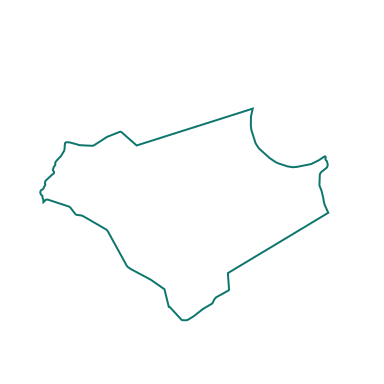 outline of Batha, rotated 59°
{"feature_id": "TCD-1472", "entity_name": "Batha", "entity_type": "Prefecture", "adm_level": 1, "iso_a3": "TCD", "parent_name": "Chad", "parent_adm1": "", "projection": "mercator", "projection_center": [18.213, 14.169], "detail": "fine", "context": "isolated", "style": "outline", "palette": "teal", "viewbox_px": 384, "rotation_deg": 59, "n_neighbors": 0, "source": "natural_earth", "source_scale": "10m", "svg_char_len": 2327}
<svg xmlns="http://www.w3.org/2000/svg" viewBox="0 0 384 384"><g transform="rotate(59 192 192)"><path d="M96.9,259.9L100.9,253.9L101.3,252.9L101.5,251.6L101.0,236.5L101.1,235.9L103.1,223.7L103.3,222.8L103.6,222.1L104.4,221.6L123.6,215.5L151.8,97.0L157.7,102.6L165.6,107.5L169.6,109.2L182.9,112.4L188.2,112.3L190.1,111.9L202.8,108.0L209.3,105.0L212.0,103.2L219.1,97.1L222.5,93.1L224.4,89.4L229.4,75.5L229.5,74.7L230.1,66.7L229.8,60.0L229.9,59.6L230.2,59.4L230.7,59.4L231.3,59.6L232.3,60.6L232.7,60.8L233.4,60.9L234.6,60.6L235.0,60.6L235.8,60.7L238.0,61.4L238.4,61.6L238.9,61.9L239.7,62.6L240.1,63.1L240.3,63.5L240.7,64.9L241.5,71.1L241.6,71.5L241.8,71.8L242.3,72.7L243.1,73.6L251.5,79.1L252.6,79.5L257.6,80.3L265.4,82.8L267.9,83.9L271.3,84.9L280.0,85.9L280.0,193.4L280.0,203.0L294.3,210.3L295.0,210.8L295.2,211.2L294.7,225.4L295.1,226.9L295.6,228.2L297.9,231.8L298.0,232.4L297.9,242.9L299.4,254.7L299.4,261.6L299.2,262.3L298.8,263.3L297.1,266.0L296.6,266.5L296.3,266.7L295.6,266.9L279.2,270.3L278.7,270.5L278.8,270.8L279.3,271.3L261.2,265.7L246.2,272.4L226.8,284.0L223.3,285.6L222.3,285.8L221.3,285.9L182.5,284.4L181.4,284.5L180.1,284.8L157.1,297.5L155.2,298.8L152.3,302.5L151.4,303.2L150.6,303.4L143.4,304.2L142.3,304.4L141.2,304.9L124.5,319.3L123.3,321.1L124.2,324.6L123.7,324.4L123.1,324.1L122.9,323.9L122.3,323.5L122.0,323.4L121.6,323.3L120.3,323.2L119.9,323.1L119.6,322.9L119.1,322.6L118.8,322.4L118.5,322.3L118.1,322.3L117.7,322.4L117.1,322.6L116.7,322.7L116.3,322.7L115.5,322.6L114.8,322.5L114.4,322.4L114.1,322.2L113.9,322.0L113.0,321.1L112.8,320.7L112.7,320.3L112.8,318.5L112.7,318.0L112.5,317.5L112.1,316.9L111.5,316.3L111.3,315.9L110.9,314.9L110.6,314.5L110.4,314.2L110.2,314.0L108.6,313.5L108.3,313.3L108.1,313.1L106.9,311.6L106.7,310.7L105.0,302.5L105.0,301.7L104.9,301.1L104.5,300.4L104.0,300.1L103.6,300.0L103.2,299.9L102.4,300.0L102.0,300.0L101.6,299.9L101.3,299.8L101.0,299.6L100.8,299.3L100.3,298.6L99.8,298.1L99.5,297.8L99.2,297.2L98.6,295.7L98.4,295.3L98.2,295.1L97.9,294.9L97.2,294.6L96.9,294.5L96.7,294.3L96.4,294.0L96.3,293.8L95.8,293.0L95.0,290.6L93.9,286.4L93.7,285.8L90.9,280.5L90.5,280.0L88.6,278.4L87.1,277.5L85.1,275.9L84.8,275.7L84.7,275.3L84.6,275.0L84.6,274.5L84.7,274.1L84.8,273.7L86.5,271.3L92.2,265.8L93.1,265.2L94.1,264.0L96.9,259.9Z" fill="none" stroke="#0f766e" stroke-width="2"/></g></svg>